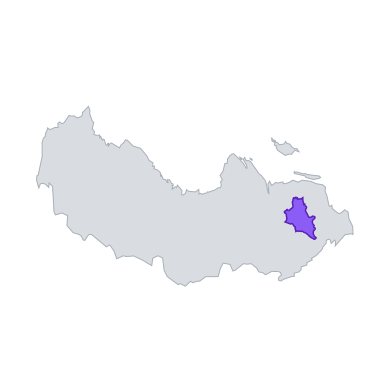 Jönköping on a map of Sweden (Robinson projection), rotated 257°
{"feature_id": "SWE-179", "entity_name": "Jönköping", "entity_type": "County", "adm_level": 1, "iso_a3": "SWE", "parent_name": "Sweden", "parent_adm1": "", "projection": "robinson", "projection_center": [14.478, 57.556], "detail": "fine", "context": "in_parent", "style": "filled", "palette": "violet", "viewbox_px": 384, "rotation_deg": 257, "n_neighbors": 0, "source": "natural_earth", "source_scale": "10m", "svg_char_len": 6831}
<svg xmlns="http://www.w3.org/2000/svg" viewBox="0 0 384 384"><g transform="rotate(257 192 192)"><path d="M89.5,257.6L90.9,260.5L93.8,260.1L95.1,258.0L96.7,251.9L94.8,245.1L97.5,242.7L99.2,239.0L103.3,237.9L108.8,233.6L109.3,229.3L110.6,226.1L106.1,216.5L105.8,214.1L112.8,212.8L115.8,206.5L111.1,202.4L103.7,198.5L106.4,186.2L103.4,179.5L103.9,176.7L103.4,172.4L105.3,170.6L101.8,164.3L105.4,159.9L104.8,157.7L115.1,148.9L121.9,147.2L134.3,148.6L137.2,145.1L137.4,143.2L136.2,138.8L129.3,136.2L136.9,128.3L142.8,120.8L143.9,113.7L145.3,110.6L143.8,103.6L151.8,102.8L158.9,100.0L157.9,96.2L173.4,84.4L173.8,82.3L172.6,80.3L168.9,76.7L169.9,75.1L174.0,74.1L176.0,72.5L179.1,67.0L187.5,62.6L196.9,65.5L200.8,60.6L200.4,53.8L203.7,53.1L228.8,57.4L232.9,54.8L228.6,53.5L232.7,50.8L233.8,49.1L234.2,47.1L234.0,46.1L230.4,43.6L238.3,43.2L242.6,44.4L243.0,45.9L260.3,54.0L273.9,57.1L277.9,59.4L279.4,61.9L281.6,62.1L284.2,64.4L286.9,65.7L284.9,67.4L285.1,71.1L285.9,72.8L284.8,76.0L289.2,76.8L290.0,78.7L287.8,80.7L288.3,82.9L294.3,89.5L293.0,91.6L292.7,94.3L290.3,96.3L290.0,98.4L290.6,101.1L291.5,102.4L294.1,103.2L298.7,110.4L294.4,110.9L291.2,109.9L283.6,110.8L281.8,111.8L275.9,109.0L272.6,110.6L270.3,109.2L268.7,111.5L268.3,114.7L265.6,114.4L266.7,115.6L263.0,116.0L262.8,116.5L263.6,117.3L262.5,118.3L257.4,118.6L256.8,119.7L258.3,120.9L258.3,121.7L255.0,120.5L257.4,122.8L257.9,124.5L251.2,131.3L253.6,133.1L255.7,137.0L257.8,138.8L257.0,140.6L250.0,145.0L246.1,151.7L237.1,156.2L232.4,157.3L229.3,160.5L225.7,159.5L225.6,161.4L223.2,160.2L221.4,163.1L218.1,165.5L214.5,165.0L214.1,165.4L215.3,166.1L211.1,166.7L209.9,169.2L206.9,169.9L206.4,170.7L209.5,170.9L208.9,172.9L205.4,173.9L204.1,175.2L202.5,175.2L202.8,174.2L200.5,174.2L199.7,173.1L199.2,173.4L200.9,176.7L199.8,178.0L202.0,179.3L195.6,182.6L191.6,181.3L191.1,182.3L192.0,185.1L195.5,187.3L193.5,188.8L191.3,195.3L193.0,199.2L188.4,198.4L188.8,199.9L187.4,201.6L188.0,204.2L187.6,205.8L188.7,207.3L188.1,208.1L188.9,215.2L190.2,218.2L189.8,220.6L191.7,222.0L195.7,222.2L196.9,224.3L201.8,223.1L205.5,227.0L212.3,230.4L212.0,232.6L216.3,234.2L218.9,237.2L220.0,239.8L219.7,241.4L213.1,245.7L208.0,248.6L202.7,250.3L203.0,251.0L205.6,251.3L212.0,249.2L213.9,251.1L210.4,251.9L209.8,254.4L208.3,256.0L194.2,261.6L192.3,263.4L186.0,266.2L174.5,266.0L172.8,266.6L182.7,267.8L185.1,269.9L180.4,271.2L182.6,276.1L181.4,277.3L181.4,282.8L179.7,282.9L179.0,285.2L179.9,290.7L180.8,292.2L180.4,293.8L177.7,297.5L178.7,302.0L175.7,310.1L172.2,314.8L169.6,321.0L166.6,323.2L163.1,321.9L157.8,322.6L148.1,322.4L146.9,323.0L147.7,325.3L144.2,325.0L138.1,329.8L137.9,332.2L140.3,336.7L137.3,339.6L130.8,338.9L122.2,340.8L114.4,339.3L115.4,337.7L116.1,331.7L107.3,319.5L111.5,320.7L113.1,320.1L110.6,316.1L114.2,315.9L115.3,314.4L114.7,312.1L111.8,311.1L109.3,307.5L106.6,305.6L102.0,298.4L100.4,293.4L98.8,293.9L97.4,288.2L94.9,287.3L94.5,281.6L91.8,280.9L90.1,278.3L89.9,273.3L86.8,272.7L87.2,270.3L86.3,261.4L85.3,258.7L86.2,256.7L87.9,256.5L89.5,257.6ZM222.9,284.7L221.4,285.2L220.6,286.8L218.4,287.6L218.1,292.6L220.2,294.5L218.1,295.4L216.7,298.0L212.9,299.8L211.3,301.5L210.6,304.0L207.2,305.3L209.5,301.6L206.3,297.4L207.1,295.9L206.7,291.0L213.5,284.8L216.7,284.0L218.1,284.7L218.7,283.2L219.8,282.9L222.9,284.7ZM179.0,319.5L177.3,320.6L176.7,319.0L176.8,313.2L180.6,306.3L182.3,305.7L186.8,296.3L187.3,295.7L189.0,296.3L187.8,297.2L187.9,298.8L185.0,303.8L184.2,307.1L183.2,307.9L179.0,319.5ZM224.2,282.7L223.9,284.1L222.2,283.0L223.8,281.4L227.2,281.8L224.2,282.7ZM215.2,246.4L213.0,248.6L212.6,247.7L213.0,246.6L215.2,246.4ZM210.6,257.8L209.5,257.9L210.3,256.4L211.8,256.1L210.6,257.8Z" fill="#d9dde1" stroke="#a8b0b8" stroke-width="1"/><path d="M118.9,300.0L119.2,299.7L119.5,299.4L120.5,298.1L120.9,297.7L121.3,297.5L121.5,297.5L121.7,297.4L121.8,297.3L122.1,296.6L122.4,296.4L122.7,296.2L123.4,296.0L124.1,295.5L125.2,294.6L126.0,294.1L126.4,293.7L127.3,292.3L128.1,291.5L128.7,291.0L128.9,290.8L129.0,290.5L129.0,289.6L129.1,289.3L129.3,288.9L129.6,288.5L129.7,288.3L129.7,287.8L129.6,287.5L129.6,287.3L129.8,286.7L130.1,286.3L130.2,286.1L130.4,285.9L130.4,285.6L130.4,285.3L130.1,284.3L131.0,284.3L131.4,284.4L133.2,284.2L133.6,284.3L134.1,284.6L134.5,284.8L134.8,284.8L135.0,284.7L135.1,284.3L135.2,284.1L135.3,284.0L135.4,283.9L136.3,283.6L136.5,283.5L137.6,283.1L138.1,282.9L138.5,282.6L138.7,282.3L138.8,282.0L138.8,281.8L138.6,281.2L138.6,280.9L141.9,275.9L142.9,277.5L143.4,277.9L144.8,278.4L149.0,278.8L149.7,278.8L150.0,278.7L150.3,278.5L150.4,278.2L150.5,277.8L150.6,277.7L150.8,277.7L151.7,277.5L151.8,277.5L152.0,277.6L152.0,277.8L152.4,278.2L152.5,278.5L152.7,279.1L152.8,279.6L153.0,279.9L153.5,280.3L153.6,280.5L153.6,280.8L153.4,280.9L153.2,281.0L152.8,281.0L152.6,281.1L152.5,281.3L152.5,281.5L152.4,281.7L152.3,282.0L152.4,282.3L152.4,282.6L152.3,282.9L152.4,283.2L153.1,283.9L153.3,284.2L153.4,284.5L153.4,284.8L153.5,285.1L153.7,285.5L154.2,286.3L154.5,286.8L154.9,287.1L155.3,287.2L159.6,287.5L160.0,287.8L160.2,288.0L160.7,288.3L161.3,288.6L161.5,288.7L161.8,288.7L161.9,288.8L162.1,288.8L162.4,289.0L162.6,289.1L162.8,289.4L162.9,289.5L163.1,289.6L163.5,289.7L163.5,289.8L163.4,289.9L162.6,290.8L162.7,291.1L162.8,291.2L163.2,291.3L163.4,291.4L163.5,291.6L163.5,291.8L163.4,292.0L163.3,292.3L163.2,292.3L163.1,292.5L162.9,293.1L162.7,293.3L162.4,293.4L162.2,293.2L161.8,292.9L161.7,292.9L161.3,293.1L161.2,293.3L161.1,293.6L161.2,294.2L161.2,294.4L161.0,294.8L161.0,295.1L161.1,295.7L161.0,296.1L160.9,296.2L160.7,296.4L160.6,296.5L160.6,297.0L160.7,297.3L161.4,298.1L161.6,298.7L159.2,298.2L158.4,298.1L156.0,298.2L155.8,298.2L154.8,298.1L154.7,298.1L154.9,298.7L155.0,298.9L155.0,299.1L154.8,299.1L154.2,299.0L153.7,299.1L153.2,299.3L152.3,299.9L151.9,300.1L151.6,300.1L151.0,300.1L150.7,299.9L150.4,299.7L150.3,299.4L150.2,299.2L148.6,298.4L147.9,298.4L147.0,298.6L144.0,299.5L142.0,299.8L141.5,300.0L141.1,300.3L140.9,300.7L140.8,301.9L140.6,302.5L140.6,302.8L140.6,303.0L140.8,303.2L140.9,303.3L141.2,303.5L141.3,304.1L141.3,304.3L141.3,304.5L140.9,305.2L140.2,305.9L140.2,306.0L139.5,306.0L138.9,305.8L138.6,305.6L138.5,305.4L137.8,303.9L137.5,303.5L137.4,303.4L137.2,303.2L136.9,303.0L136.4,302.8L135.9,302.5L135.5,302.4L135.3,302.4L135.0,302.4L134.6,302.5L134.1,302.5L133.5,302.6L132.1,303.4L131.9,303.5L131.7,303.4L131.0,302.9L130.5,302.7L130.2,302.8L129.0,303.9L128.0,303.5L127.5,303.0L127.4,302.8L127.4,302.6L127.4,302.3L127.2,302.0L126.9,301.8L126.6,301.6L125.9,301.4L125.7,301.2L125.4,301.1L124.8,301.0L124.3,300.8L124.1,300.8L123.8,300.8L121.6,301.2L121.3,301.2L121.1,301.2L121.0,301.3L120.9,301.6L120.4,301.9L120.3,302.0L120.0,302.4L119.9,302.5L119.7,302.6L119.3,302.6L119.0,302.1L118.6,301.6L118.5,301.3L118.4,301.0L118.4,300.7L118.5,300.4L118.6,300.2L118.9,300.0Z" fill="#8b5cf6" stroke="#5b21b6" stroke-width="1.5"/></g></svg>